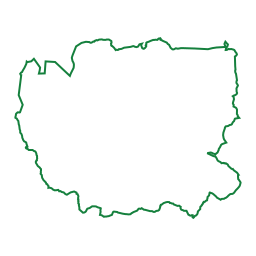 outline of Asikuma-odoben-brakwa, Central, Ghana
{"feature_id": "2480657B2595733520620", "entity_name": "Asikuma-odoben-brakwa", "entity_type": "district", "adm_level": 2, "iso_a3": "GHA", "parent_name": "Ghana", "parent_adm1": "Central", "projection": "albers", "projection_center": [-1.016, 5.627], "detail": "fine", "context": "isolated", "style": "outline", "palette": "green", "viewbox_px": 256, "rotation_deg": 0, "n_neighbors": 0, "source": "geoboundaries", "source_scale": "gbopen_adm2", "svg_char_len": 5773}
<svg xmlns="http://www.w3.org/2000/svg" viewBox="0 0 256 256"><path d="M220.6,199.7L220.8,199.3L221.8,198.9L224.0,198.8L224.5,198.4L226.1,197.7L227.5,196.6L228.4,195.6L230.1,194.2L230.7,194.0L232.3,193.9L233.2,193.5L234.1,192.7L235.8,190.3L237.7,188.4L239.4,186.4L239.9,185.3L240.6,182.7L240.3,181.9L238.7,179.6L238.2,179.1L238.1,177.8L238.0,176.1L238.1,174.6L238.4,174.6L237.1,172.7L233.8,170.3L233.0,169.2L232.9,169.3L231.4,168.7L228.4,166.0L227.8,164.6L226.7,163.8L224.8,163.4L225.0,163.2L223.5,162.9L221.5,163.2L220.5,162.1L218.4,161.1L217.6,160.4L216.5,158.1L215.6,156.7L213.2,156.0L207.9,153.5L208.0,153.0L210.7,152.5L211.8,152.8L212.8,153.4L214.9,154.1L215.3,154.5L216.6,153.1L217.3,152.8L217.8,152.0L218.0,151.3L218.6,150.3L218.8,149.0L220.0,147.2L221.1,144.9L222.1,144.1L226.3,142.6L224.1,139.4L223.6,138.1L223.1,135.1L223.4,132.6L224.9,128.2L224.9,127.6L225.7,126.4L228.1,126.0L229.7,125.0L231.2,124.7L231.8,124.3L232.8,122.3L234.1,121.0L234.8,118.9L235.1,118.6L239.2,117.9L237.7,116.1L237.8,115.8L237.7,115.2L236.9,114.0L237.0,109.7L236.5,108.5L235.9,107.7L233.5,106.5L233.7,104.8L232.9,103.7L233.0,102.5L234.0,99.2L233.6,97.0L232.8,96.2L233.9,95.5L235.0,95.2L236.4,94.3L236.8,93.8L237.1,93.0L236.6,91.6L236.5,88.3L237.9,85.6L237.6,84.7L236.5,83.1L236.4,82.2L236.6,80.9L237.0,80.3L236.0,73.8L235.4,72.6L235.2,71.5L235.2,70.2L235.5,69.8L235.2,66.2L234.9,56.5L236.1,55.7L236.9,54.6L236.6,53.4L235.3,51.7L234.7,50.6L234.3,50.0L233.5,49.6L231.2,49.0L229.7,49.2L228.6,48.9L226.9,49.9L225.7,50.0L225.9,48.7L226.6,47.3L227.0,46.9L227.6,45.8L227.9,44.4L227.3,43.9L225.4,41.7L224.5,43.7L224.5,44.2L225.2,45.8L225.3,46.5L224.6,47.0L216.5,47.5L212.5,48.1L208.0,49.2L194.8,48.5L181.9,48.1L181.1,48.1L177.9,48.7L175.8,48.3L173.9,49.3L173.0,49.4L172.4,49.3L170.6,47.8L169.1,44.8L167.7,43.9L166.8,42.6L162.2,40.6L161.9,40.2L160.6,39.9L160.6,39.2L160.7,38.7L160.2,38.2L159.3,38.7L158.9,38.5L158.6,38.6L158.4,38.9L158.1,39.0L157.7,39.6L157.3,39.9L155.6,39.7L153.9,40.0L153.2,39.9L150.3,41.0L148.8,41.7L146.7,42.4L146.2,43.0L146.4,44.1L145.7,45.3L146.3,46.0L146.2,46.4L145.0,48.0L144.1,48.4L143.8,48.8L142.6,48.4L142.1,47.9L141.1,45.0L141.9,43.7L139.5,44.3L138.0,46.6L136.6,47.1L135.0,46.8L133.8,46.2L133.2,46.1L130.5,46.9L124.1,47.7L121.5,48.9L118.9,49.2L118.8,49.5L118.1,49.9L117.7,50.0L116.7,49.7L115.7,50.1L114.1,47.8L112.2,46.0L111.6,45.9L111.1,45.1L111.2,44.4L111.0,43.4L111.5,42.8L111.5,42.1L111.3,41.0L108.8,39.5L106.8,39.5L105.6,39.9L104.9,39.9L103.0,39.8L101.9,39.4L99.1,39.6L97.5,40.4L96.7,40.1L96.3,40.1L95.5,40.7L94.8,40.8L94.3,41.6L93.3,41.5L92.4,42.2L90.9,42.8L90.1,42.6L89.5,42.1L85.9,41.8L81.5,42.9L76.1,46.4L72.5,55.5L71.8,57.8L72.5,61.0L73.3,62.4L73.8,63.9L73.9,64.7L73.8,66.4L73.6,67.9L70.7,73.7L69.9,75.9L55.1,62.0L45.6,61.4L44.7,73.4L38.9,73.6L39.7,70.4L40.1,67.5L33.9,58.8L31.3,61.3L27.3,62.1L26.7,61.6L26.3,63.9L24.6,67.5L23.2,69.9L22.9,70.3L22.1,72.0L21.1,72.6L20.2,73.8L20.9,75.3L21.2,75.3L18.7,95.1L22.7,104.8L20.0,112.3L19.5,112.5L17.8,112.3L17.3,112.6L16.2,113.7L16.0,114.0L15.8,115.6L15.4,117.1L15.4,117.8L16.8,118.6L17.6,120.1L18.3,120.9L18.8,124.5L19.2,125.4L19.7,129.4L20.2,130.6L20.2,132.5L20.3,132.8L21.3,133.8L21.7,134.7L22.1,136.0L22.3,137.8L22.8,138.8L23.0,139.6L24.1,141.3L26.0,142.3L26.3,142.8L26.4,143.6L27.5,146.8L27.2,147.0L26.5,146.7L26.2,146.9L25.8,147.7L25.9,148.0L26.5,148.6L27.6,148.9L28.8,150.0L32.6,150.0L34.1,151.1L34.8,151.2L35.5,151.7L36.3,153.4L36.5,155.0L37.0,155.7L37.1,156.5L37.0,157.1L37.2,158.4L36.8,159.7L36.9,160.3L36.3,160.7L36.3,161.1L35.9,161.5L35.8,161.8L35.9,162.8L37.8,166.0L39.8,167.6L40.2,168.3L41.0,169.1L41.0,170.5L40.8,171.4L40.9,172.9L40.6,173.5L40.6,173.8L41.2,174.5L41.8,175.1L42.0,177.0L42.4,178.3L43.1,179.3L43.3,179.8L43.8,180.5L44.5,181.0L44.8,181.5L45.9,182.5L46.3,183.9L47.2,184.2L47.3,184.6L47.7,185.0L48.2,185.9L48.5,186.1L48.4,187.8L49.1,187.6L51.2,188.1L52.3,188.8L52.9,189.5L54.6,190.3L56.7,190.2L57.4,190.0L58.3,189.9L59.2,191.3L60.5,191.1L61.7,192.0L63.7,192.4L65.4,194.1L66.9,194.7L70.6,192.4L74.1,191.5L76.5,192.6L76.5,193.8L77.7,194.3L77.8,194.9L78.2,195.5L78.4,196.5L78.1,197.8L78.1,198.9L78.4,199.2L78.4,199.8L78.1,200.0L78.4,200.7L78.5,201.6L78.3,201.7L78.4,202.1L78.3,203.4L78.5,203.7L79.0,204.1L78.9,205.7L79.3,206.9L79.4,209.5L83.0,212.7L84.3,212.5L85.4,211.9L86.0,211.2L87.0,209.2L87.4,208.7L89.7,208.0L92.0,206.4L92.5,206.3L95.9,206.4L97.7,207.3L100.7,208.2L100.8,208.6L100.4,210.1L100.6,211.8L100.0,214.9L100.5,214.9L102.2,215.5L103.6,216.6L104.0,216.8L104.7,216.5L106.1,216.6L106.9,216.4L108.9,216.1L110.2,215.5L111.9,214.9L113.0,212.2L113.5,211.7L114.0,211.6L117.2,212.0L117.8,212.5L122.8,213.7L125.4,214.1L126.0,214.1L128.7,214.4L130.5,214.2L131.6,213.1L132.5,212.8L133.2,212.2L137.0,210.7L137.5,210.3L137.8,209.6L138.8,208.7L140.0,208.7L140.7,208.9L141.7,208.2L143.9,209.7L145.1,209.8L149.9,211.1L151.9,211.1L152.5,211.3L153.4,211.9L154.7,211.9L156.3,210.9L158.1,210.7L159.2,209.9L160.1,207.5L160.2,206.0L160.7,205.7L160.8,204.8L161.7,204.6L163.6,203.1L166.2,202.2L167.6,202.0L169.2,202.1L169.9,203.0L170.6,202.9L171.8,203.5L173.0,203.5L173.3,203.7L173.7,204.4L177.5,205.9L179.2,205.7L180.0,206.4L180.7,206.8L180.5,208.1L181.1,209.5L181.8,209.9L183.0,210.2L183.9,210.8L186.5,210.8L188.4,214.7L189.2,215.0L189.6,215.4L191.0,215.7L191.7,215.2L192.7,215.2L192.9,216.2L192.6,217.3L193.3,217.8L194.0,217.2L194.9,215.9L195.9,215.6L197.2,214.3L197.8,212.6L197.7,212.1L198.0,211.3L200.2,209.1L200.2,208.1L200.4,206.7L201.4,205.9L201.8,205.0L202.1,204.9L202.3,204.3L202.9,203.8L203.0,203.0L203.2,202.9L203.5,202.1L203.7,201.9L204.2,202.2L204.6,202.0L205.8,200.8L206.8,200.5L207.1,200.3L207.2,199.0L207.5,198.4L207.5,197.1L209.1,195.4L209.6,192.7L209.9,192.5L210.3,192.8L211.9,193.2L213.2,194.0L216.2,196.6L216.9,197.6L220.6,199.7Z" fill="none" stroke="#15803d" stroke-width="2"/></svg>